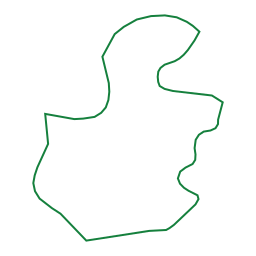 Hải Dương, Albers equal-area conic projection
{"feature_id": "VNM-460", "entity_name": "Hải Dương", "entity_type": "Province", "adm_level": 1, "iso_a3": "VNM", "parent_name": "Vietnam", "parent_adm1": "", "projection": "albers", "projection_center": [106.419, 20.964], "detail": "fine", "context": "isolated", "style": "outline", "palette": "green", "viewbox_px": 256, "rotation_deg": 0, "n_neighbors": 0, "source": "natural_earth", "source_scale": "10m", "svg_char_len": 904}
<svg xmlns="http://www.w3.org/2000/svg" viewBox="0 0 256 256"><path d="M149.1,230.9L86.3,240.6L60.5,213.7L52.0,208.2L39.6,198.6L35.0,191.2L33.3,183.1L34.7,175.4L37.4,167.3L48.1,143.9L45.2,113.9L74.3,119.1L83.2,118.6L94.6,116.9L101.2,112.8L105.8,107.4L108.4,100.0L109.3,91.8L108.8,83.1L102.4,56.7L114.7,34.1L123.7,26.9L136.8,19.5L151.0,16.1L164.9,15.4L176.7,17.3L186.8,21.8L193.0,26.0L199.4,31.7L194.5,40.5L187.8,50.1L183.7,54.8L179.4,58.5L174.7,61.2L164.6,64.7L160.5,67.9L158.3,71.6L157.7,76.8L158.2,81.9L159.7,86.0L164.6,88.9L173.0,91.0L211.9,95.5L222.7,102.3L218.1,119.7L218.0,124.1L215.5,128.2L210.5,130.5L203.7,131.6L198.9,134.8L195.7,139.8L194.6,148.1L195.5,154.4L195.2,159.9L192.6,164.0L185.5,167.6L180.2,171.6L177.9,178.4L180.0,183.7L184.0,187.8L188.6,190.8L197.5,195.3L198.5,199.1L195.5,204.4L173.9,224.9L169.5,228.1L166.1,230.0L149.1,230.9Z" fill="none" stroke="#15803d" stroke-width="2"/></svg>